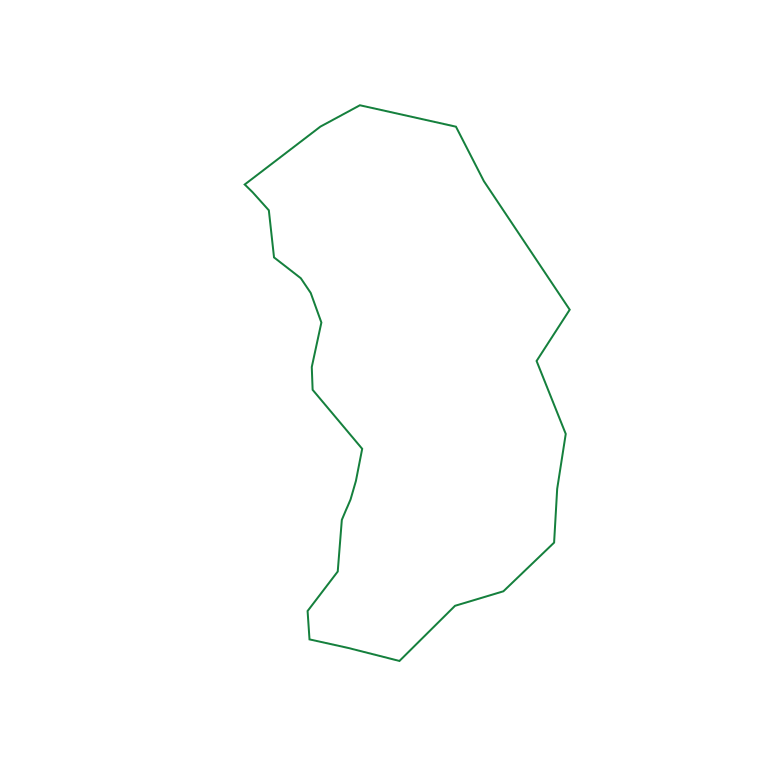 outline of Alona, Nicosia, Cyprus, rotated 37°
{"feature_id": "46923920B16152598382892", "entity_name": "Alona", "entity_type": "district", "adm_level": 2, "iso_a3": "CYP", "parent_name": "Cyprus", "parent_adm1": "Nicosia", "projection": "equal_earth", "projection_center": [33.044, 34.926], "detail": "fine", "context": "isolated", "style": "outline", "palette": "green", "viewbox_px": 768, "rotation_deg": 37, "n_neighbors": 0, "source": "geoboundaries", "source_scale": "gbopen_adm2", "svg_char_len": 549}
<svg xmlns="http://www.w3.org/2000/svg" viewBox="0 0 768 768"><g transform="rotate(37 384 384)"><path d="M341.7,161.9L286.6,135.2L197.0,175.9L178.3,216.7L152.7,308.5L163.5,309.9L187.5,314.6L220.0,349.1L253.9,349.6L270.7,355.4L297.0,372.6L316.1,413.9L330.5,431.6L405.6,448.9L419.9,478.3L426.8,496.4L428.6,503.7L429.4,507.2L432.1,517.9L459.9,561.6L459.6,611.3L478.2,632.8L514.4,616.3L563.0,595.9L574.2,518.4L604.1,477.7L615.3,408.3L585.4,363.5L559.2,314.5L492.0,273.8L487.6,212.9L341.7,161.9Z" fill="none" stroke="#15803d" stroke-width="2"/></g></svg>